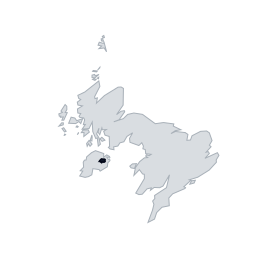 location of Lisburn within United Kingdom, rotated 328°
{"feature_id": "GBR-2090", "entity_name": "Lisburn", "entity_type": "District", "adm_level": 1, "iso_a3": "GBR", "parent_name": "United Kingdom", "parent_adm1": "", "projection": "natural_earth1", "projection_center": [-6.062, 54.5], "detail": "fine", "context": "in_parent", "style": "filled", "palette": "ink", "viewbox_px": 256, "rotation_deg": 328, "n_neighbors": 0, "source": "natural_earth", "source_scale": "10m", "svg_char_len": 4149}
<svg xmlns="http://www.w3.org/2000/svg" viewBox="0 0 256 256"><g transform="rotate(328 128 128)"><path d="M138.4,189.7L126.9,195.8L123.2,195.4L118.7,192.3L114.1,192.7L116.0,191.1L112.0,189.7L105.0,191.7L102.0,190.3L100.1,187.3L115.1,179.6L117.3,175.9L116.0,174.7L115.6,169.4L107.9,171.3L113.4,165.5L120.1,162.7L126.0,162.0L129.0,163.5L128.1,161.2L129.4,160.6L131.4,162.7L133.7,162.6L129.4,159.2L131.2,155.4L129.6,153.5L131.5,151.5L131.9,147.8L127.9,148.6L122.1,141.2L123.8,137.6L129.4,134.5L122.6,134.6L117.2,137.5L113.3,136.3L109.8,137.9L105.8,136.4L104.6,139.0L101.6,136.2L101.1,134.0L102.6,133.9L107.6,125.2L104.7,121.9L105.6,118.0L108.8,117.8L105.3,115.9L105.9,114.1L100.5,118.7L100.4,115.7L103.3,112.8L98.2,116.4L98.2,120.7L96.0,127.1L93.2,127.6L96.7,120.1L95.1,119.9L96.2,112.5L100.8,104.0L94.7,107.8L88.4,104.7L93.7,102.4L91.9,101.5L95.5,98.2L95.8,96.0L92.8,93.6L92.7,92.1L95.6,90.7L93.4,88.7L95.2,85.1L101.1,85.1L97.7,82.0L98.7,79.2L103.0,78.8L101.9,76.7L102.8,73.7L110.4,74.6L128.2,72.6L126.2,77.8L116.2,83.8L115.6,85.6L118.0,86.2L114.4,90.2L125.3,88.0L141.2,88.1L143.9,89.6L145.1,92.0L136.0,106.0L125.4,110.6L131.0,110.1L134.1,111.4L133.8,112.5L124.8,116.3L119.2,115.2L129.0,117.6L134.9,116.3L140.9,118.4L147.5,124.1L153.4,138.8L161.0,142.2L169.0,148.8L167.4,150.4L171.9,157.5L166.7,155.3L161.5,155.5L166.4,156.1L174.1,162.2L175.4,165.2L171.4,169.6L174.6,171.3L178.2,168.5L187.8,169.3L193.1,172.2L194.4,175.2L192.6,183.2L187.9,185.7L188.5,187.9L181.5,189.9L183.5,190.6L183.5,192.7L177.2,194.5L190.7,196.3L190.6,199.4L185.9,201.8L184.8,203.9L174.6,206.7L161.1,206.7L152.5,204.4L153.6,205.7L144.2,207.4L145.2,209.1L144.2,209.5L131.0,207.5L125.5,209.0L121.8,215.8L114.8,213.2L107.5,214.9L102.2,219.3L94.9,218.7L105.2,210.7L109.5,206.5L110.2,203.0L113.3,202.1L114.8,199.3L129.0,199.0L138.4,189.7ZM89.9,149.9L81.5,149.8L81.5,148.0L76.7,143.9L72.5,148.5L68.7,148.3L65.4,147.1L61.6,143.1L66.8,140.6L64.8,138.9L69.6,137.7L71.9,133.3L74.0,132.2L75.6,132.9L77.6,130.6L83.9,129.6L88.4,130.0L93.9,136.8L91.8,139.9L95.7,139.5L97.2,142.3L97.0,143.3L94.5,141.4L94.7,144.3L96.0,144.5L95.4,146.1L92.5,146.8L89.9,149.9ZM87.6,77.1L85.9,80.0L82.9,81.6L84.6,82.8L77.7,87.3L76.1,86.3L79.0,84.4L76.4,83.1L77.3,82.3L76.0,81.6L76.8,79.4L80.7,80.0L80.1,78.1L87.1,74.8L87.6,77.1ZM88.2,91.4L88.4,94.6L94.4,96.1L90.3,99.2L89.7,96.5L85.9,96.5L80.2,92.5L85.5,88.7L88.2,91.4ZM149.1,40.0L151.8,43.1L153.1,42.7L150.2,52.0L150.2,47.5L145.4,45.3L149.1,44.5L146.5,41.9L149.1,40.0ZM93.0,111.0L86.0,111.8L88.3,108.5L85.9,107.2L88.8,105.9L93.3,108.5L93.0,111.0ZM112.7,160.8L116.3,162.7L112.0,165.7L109.5,163.5L109.3,161.3L112.7,160.8ZM88.4,117.9L89.0,122.6L86.1,123.4L86.2,120.5L83.7,121.9L84.7,119.2L88.4,117.9ZM128.1,64.9L127.8,66.4L131.8,67.2L126.6,67.9L124.2,66.2L125.5,64.1L128.1,64.9ZM102.0,126.1L99.0,125.6L98.4,122.4L100.9,122.0L102.0,126.1ZM157.4,208.0L154.9,209.7L150.6,208.4L154.0,206.5L157.4,208.0ZM90.5,119.9L89.2,118.6L93.7,114.8L92.8,116.7L90.5,119.9ZM74.5,88.5L75.9,89.4L74.7,91.0L70.4,89.8L74.5,88.5ZM73.8,98.0L72.1,97.7L71.7,93.5L73.6,93.7L73.8,98.0ZM153.2,41.5L151.6,40.1L152.5,38.2L153.8,38.7L153.2,41.5ZM132.2,63.4L131.1,63.8L128.0,61.2L129.0,60.8L132.2,63.4ZM126.7,69.9L125.2,70.1L123.7,68.0L125.3,68.1L126.7,69.9ZM156.5,36.7L155.9,38.8L154.7,38.5L154.7,36.7L156.5,36.7ZM136.0,62.0L133.0,62.7L136.3,61.6L136.0,62.0ZM86.5,100.5L85.6,100.7L84.5,99.6L85.9,99.1L86.5,100.5ZM130.1,69.4L129.1,70.6L128.3,69.5L130.1,69.4ZM83.2,106.2L81.4,106.8L83.8,105.5L83.2,106.2ZM71.6,100.5L70.5,100.7L70.0,100.4L71.1,99.6L71.6,100.5Z" fill="#d9dde1" stroke="#a8b0b8" stroke-width="1"/><path d="M91.9,142.6L91.7,142.8L91.5,143.0L91.3,143.1L91.3,143.4L91.0,143.7L90.9,143.8L91.0,144.1L90.8,144.3L90.5,144.2L90.0,144.4L89.3,144.2L89.2,144.0L89.4,143.9L88.3,143.3L87.9,143.4L87.9,143.2L87.3,143.4L87.3,143.1L86.9,142.8L86.9,142.6L87.0,142.3L87.0,142.2L86.5,141.9L86.5,141.4L86.4,141.2L86.2,141.1L86.5,141.0L86.6,140.7L87.1,140.7L87.3,140.5L87.6,140.5L88.3,140.2L89.3,140.2L89.6,140.4L89.7,140.7L89.7,140.9L90.3,141.2L90.4,141.5L90.6,141.6L90.6,141.4L91.2,141.6L91.2,141.8L91.4,141.9L91.5,142.2L91.6,142.3L91.9,142.6Z" fill="#0f172a" stroke="#020617" stroke-width="1.5"/></g></svg>